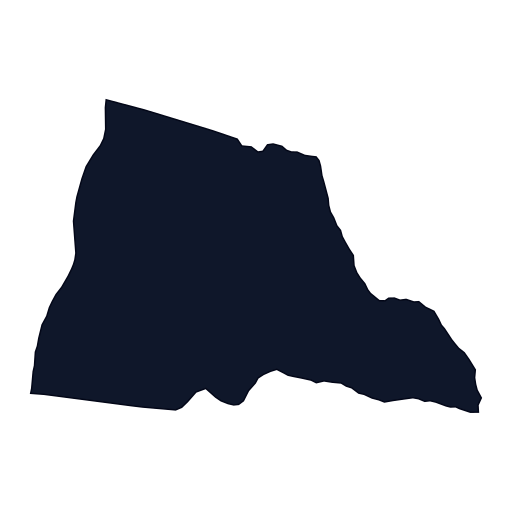 São Jorge do Patrocínio, Paraná, Brazil
{"feature_id": "56859067B61124887275207", "entity_name": "São Jorge do Patrocínio", "entity_type": "district", "adm_level": 2, "iso_a3": "BRA", "parent_name": "Brazil", "parent_adm1": "Paraná", "projection": "robinson", "projection_center": [-53.907, -23.723], "detail": "fine", "context": "isolated", "style": "filled", "palette": "ink", "viewbox_px": 512, "rotation_deg": 0, "n_neighbors": 0, "source": "geoboundaries", "source_scale": "gbopen_adm2", "svg_char_len": 1822}
<svg xmlns="http://www.w3.org/2000/svg" viewBox="0 0 512 512"><path d="M478.4,412.1L478.0,405.1L481.3,397.9L477.1,390.1L475.6,384.3L474.6,377.7L475.3,369.8L468.9,359.4L464.2,352.7L458.6,348.3L454.8,343.7L451.7,339.8L444.4,328.7L441.3,325.1L438.6,319.3L433.9,311.3L425.4,307.2L418.8,301.7L413.9,302.0L406.1,299.4L400.0,300.2L394.4,298.1L388.7,298.2L385.1,300.8L379.3,300.7L370.4,293.4L367.7,289.8L364.8,283.7L360.1,278.0L356.8,272.8L354.0,265.6L353.3,255.4L349.2,249.2L345.2,242.2L342.2,236.6L340.5,230.4L336.8,225.7L333.7,217.8L330.4,212.0L328.7,205.4L328.1,198.3L325.6,188.8L323.6,181.3L321.9,175.6L321.2,170.7L320.5,166.0L319.0,160.6L316.1,156.9L311.6,156.4L304.7,155.4L297.1,152.1L291.4,152.0L286.5,150.3L281.9,146.3L273.1,144.0L267.5,144.8L262.9,151.3L257.9,152.0L251.2,146.9L241.8,146.0L237.2,139.1L230.3,136.8L212.7,130.8L144.5,110.0L118.5,103.1L106.2,99.8L105.4,107.6L105.7,129.3L103.8,138.6L100.4,145.6L93.3,154.9L86.2,166.6L82.0,178.7L77.0,196.7L75.9,202.5L73.5,221.1L75.9,253.1L74.9,259.9L73.5,264.5L71.7,268.9L68.2,276.1L61.7,287.3L56.1,294.5L52.3,301.5L49.4,307.6L46.8,316.2L42.1,324.8L38.8,338.2L37.4,346.2L35.4,352.0L34.5,365.7L33.2,371.5L31.7,388.4L30.7,393.3L44.1,394.3L130.8,405.6L142.3,407.0L175.6,409.9L181.7,407.3L187.4,401.8L196.0,392.0L205.8,388.4L215.6,397.1L221.0,400.8L228.1,403.6L233.7,404.9L238.6,404.4L243.4,400.8L248.5,390.7L255.3,383.0L258.0,378.0L263.5,374.4L270.4,371.3L276.8,369.3L283.8,372.9L288.0,375.2L293.4,376.4L301.6,378.0L311.1,380.1L316.3,382.7L324.0,380.9L332.3,382.2L341.2,383.0L346.3,386.1L351.7,387.8L358.7,393.1L364.1,394.3L372.0,398.0L378.9,399.8L384.4,402.0L392.9,400.5L403.4,399.0L412.9,397.7L418.5,398.7L424.7,401.3L430.1,400.7L435.9,402.1L446.1,405.9L450.4,407.0L455.7,406.8L459.5,408.6L470.3,412.2L478.4,412.1Z" fill="#0f172a" stroke="#020617" stroke-width="1.5"/></svg>